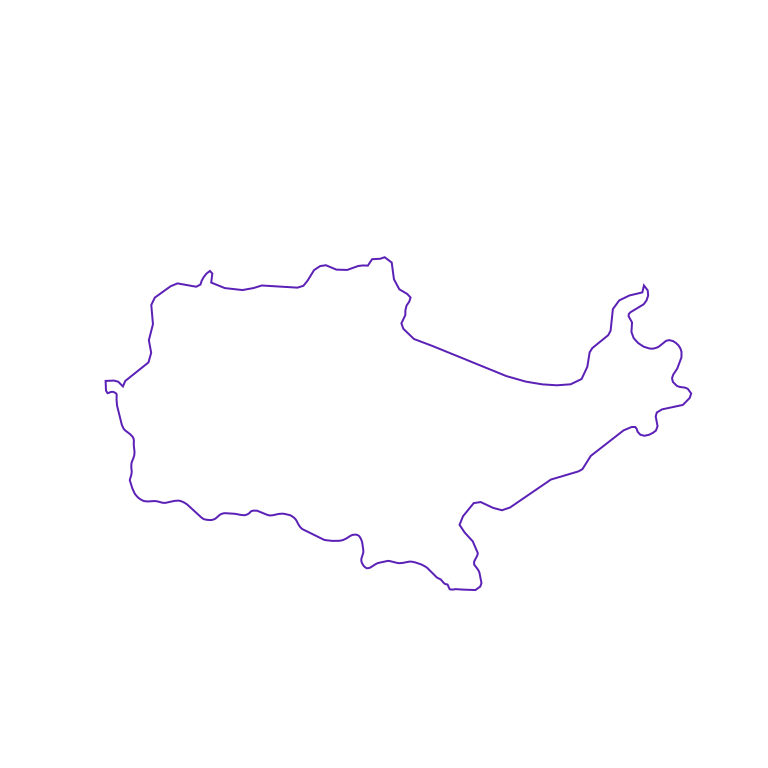 the border of Salerno, rotated 137°
{"feature_id": "ITA-5400", "entity_name": "Salerno", "entity_type": "Province", "adm_level": 1, "iso_a3": "ITA", "parent_name": "Italy", "parent_adm1": "", "projection": "albers", "projection_center": [15.247, 40.421], "detail": "fine", "context": "isolated", "style": "outline", "palette": "violet", "viewbox_px": 768, "rotation_deg": 137, "n_neighbors": 0, "source": "natural_earth", "source_scale": "10m", "svg_char_len": 3478}
<svg xmlns="http://www.w3.org/2000/svg" viewBox="0 0 768 768"><g transform="rotate(137 384 384)"><path d="M585.5,576.1L579.1,570.6L576.8,566.9L576.6,560.3L571.1,562.7L541.6,560.4L533.0,565.6L526.1,576.4L512.2,585.3L500.3,600.5L492.7,603.5L473.3,601.0L466.4,598.4L455.0,583.2L450.5,581.9L446.8,583.9L442.7,585.2L438.5,585.8L434.2,585.4L434.2,581.9L441.2,576.0L435.0,562.7L423.4,549.2L413.9,543.1L406.2,539.4L381.6,513.5L376.0,510.8L369.4,511.7L357.5,515.0L350.3,513.8L345.5,510.5L340.8,500.1L333.1,492.5L322.4,487.9L318.7,485.2L315.1,481.6L307.6,483.4L301.4,478.2L297.1,476.3L295.5,467.6L305.3,453.8L308.2,442.8L305.6,434.0L305.6,429.1L309.4,427.0L314.0,426.0L318.1,423.3L321.5,419.8L329.9,416.5L332.2,411.2L331.4,396.5L322.8,379.1L289.1,306.3L278.5,288.8L268.4,275.7L258.5,265.2L247.7,256.5L236.1,252.9L223.6,257.9L212.0,266.9L207.2,268.2L186.8,266.8L182.0,268.4L165.5,282.7L155.0,284.7L144.2,281.4L132.6,274.8L126.7,278.8L127.3,272.6L130.5,268.5L135.0,266.1L139.7,265.2L154.9,268.4L157.2,268.2L158.9,266.8L160.6,259.9L167.6,253.2L170.1,247.3L170.2,240.6L168.6,234.1L165.5,228.7L163.2,226.4L160.5,224.9L157.7,223.9L148.4,223.2L145.6,221.7L143.4,218.4L142.5,214.9L142.3,211.3L143.0,207.8L144.5,204.6L148.3,200.6L159.0,195.3L166.1,193.6L169.4,191.8L171.3,188.5L171.1,183.0L169.9,180.4L166.3,176.0L165.1,173.3L165.8,167.6L169.9,165.3L179.7,164.9L197.9,175.8L203.9,177.1L207.4,175.0L212.7,166.6L216.8,164.5L220.3,164.8L224.8,166.1L228.8,168.5L231.1,172.0L231.1,176.1L229.8,178.9L229.6,181.2L232.3,183.7L240.4,186.7L281.8,190.4L296.9,186.4L301.2,187.4L327.1,200.3L376.0,207.7L383.8,211.2L388.7,219.0L393.8,231.7L399.6,235.7L416.4,233.4L424.8,229.5L426.3,220.3L426.4,208.4L430.7,196.4L432.4,195.1L439.3,192.6L441.2,190.5L441.9,183.8L442.9,180.9L448.5,171.9L451.8,170.2L457.7,171.0L466.3,179.6L471.7,185.3L473.4,186.3L475.1,187.9L475.9,189.1L475.3,191.2L474.7,192.6L474.3,194.1L475.5,195.7L476.0,197.3L475.9,199.5L475.8,202.4L477.3,206.3L477.8,220.1L478.5,223.0L479.7,226.4L482.7,232.0L484.6,234.8L486.4,236.7L492.5,240.5L495.1,242.6L496.2,243.9L500.7,250.8L501.8,252.0L510.7,257.3L512.7,257.9L519.2,259.1L520.9,259.9L522.2,260.9L522.8,262.8L522.9,265.1L522.1,268.5L521.0,270.4L519.6,271.7L515.2,274.2L513.8,275.1L512.6,276.4L508.0,283.0L506.9,285.4L506.4,286.9L506.0,288.6L505.9,289.8L506.3,291.5L507.4,293.2L509.9,295.1L512.3,295.9L516.9,296.7L520.6,297.9L523.6,299.8L528.7,304.4L533.0,309.4L534.0,310.7L542.7,333.6L542.9,336.0L542.4,339.6L541.2,343.7L541.0,345.2L540.9,347.0L541.3,349.3L542.0,351.8L544.2,355.2L545.6,357.2L547.1,358.8L549.8,360.9L554.4,363.6L557.1,365.6L558.6,367.9L563.3,378.0L565.8,380.4L568.0,381.6L569.9,381.4L572.0,381.6L573.7,382.2L575.3,383.0L577.6,385.4L581.6,390.8L588.4,398.0L589.8,399.0L591.4,399.8L593.2,400.3L599.2,400.5L600.9,401.1L602.5,401.9L603.8,402.9L606.1,405.4L608.0,408.1L608.6,410.9L610.1,430.1L611.0,433.6L612.3,436.7L613.2,438.1L614.3,439.3L617.1,441.5L624.7,446.0L626.0,447.1L627.1,448.4L629.7,452.6L630.7,453.9L631.9,455.1L637.1,459.4L639.3,462.0L640.1,463.7L640.7,465.6L641.3,468.3L641.3,470.7L641.2,472.9L640.8,474.7L639.2,479.4L635.5,487.1L630.6,490.0L628.4,491.8L625.4,495.7L623.4,497.7L621.6,499.0L618.4,500.4L615.4,502.1L614.2,503.1L612.6,504.7L608.6,510.1L605.4,513.3L604.4,514.9L603.8,517.0L603.9,520.5L605.0,526.9L604.9,529.0L603.5,533.1L594.0,550.2L590.4,554.8L586.6,558.7L586.4,560.3L587.3,562.8L588.6,564.0L589.7,564.7L591.2,565.1L592.4,565.8L591.8,568.8L585.5,576.1Z" fill="none" stroke="#5b21b6" stroke-width="2"/></g></svg>